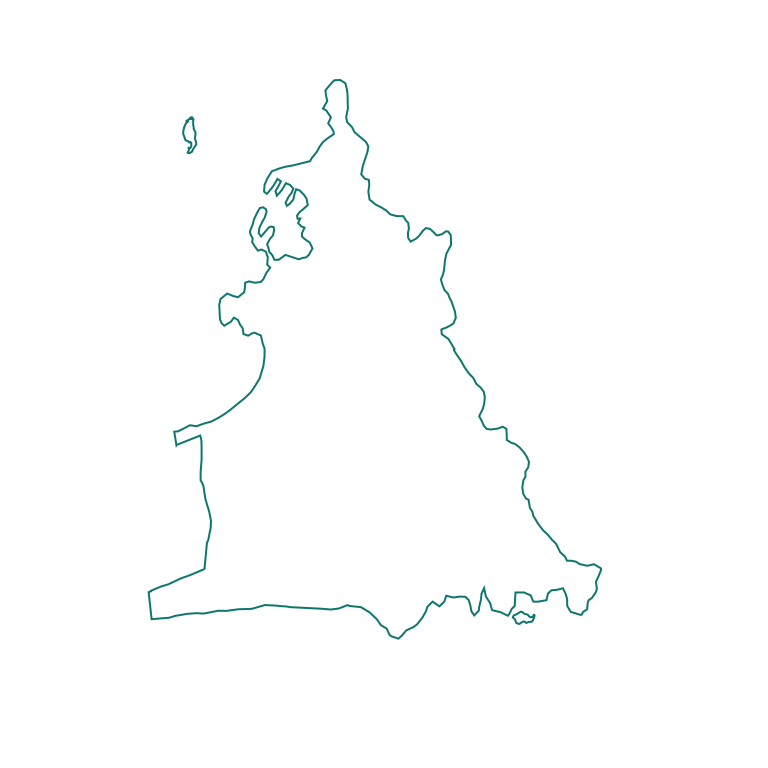 outline of Dakar, Dakar, Senegal, rotated 194°
{"feature_id": "50182788B18539004609148", "entity_name": "Dakar", "entity_type": "district", "adm_level": 2, "iso_a3": "SEN", "parent_name": "Senegal", "parent_adm1": "Dakar", "projection": "robinson", "projection_center": [-17.439, 14.712], "detail": "fine", "context": "isolated", "style": "outline", "palette": "teal", "viewbox_px": 768, "rotation_deg": 194, "n_neighbors": 0, "source": "geoboundaries", "source_scale": "gbopen_adm2", "svg_char_len": 6155}
<svg xmlns="http://www.w3.org/2000/svg" viewBox="0 0 768 768"><g transform="rotate(194 384 384)"><path d="M534.4,241.0L529.5,229.2L523.3,218.8L521.8,215.9L518.8,209.5L517.4,202.6L516.8,190.1L517.4,187.3L513.5,161.4L513.6,160.9L527.0,150.9L534.1,146.2L544.9,137.4L551.3,133.6L560.1,127.0L559.9,126.5L562.0,125.1L552.6,99.6L536.0,105.2L530.1,108.7L519.0,113.5L510.4,116.3L503.5,117.6L489.9,123.9L481.8,125.8L471.1,130.1L457.8,133.9L446.1,140.7L435.0,142.9L430.9,143.4L425.1,144.5L421.0,144.8L390.4,150.8L381.1,152.3L373.4,155.3L366.0,160.6L363.7,160.3L352.4,161.9L342.9,159.0L334.0,154.0L328.6,149.2L322.2,147.3L317.8,141.8L315.5,141.0L308.4,140.4L305.8,144.2L302.8,150.3L296.6,155.3L293.7,158.9L290.2,166.8L288.3,173.7L288.0,178.3L284.2,184.6L276.4,181.7L272.8,187.6L272.4,193.6L265.0,193.6L258.9,196.1L253.5,197.2L249.5,194.8L246.4,189.5L244.3,184.7L240.5,181.3L237.2,187.0L237.7,190.6L237.8,198.9L238.7,204.0L237.5,210.1L233.6,202.3L228.1,197.2L224.4,190.7L215.8,190.8L207.8,189.1L206.7,191.4L205.7,196.6L203.5,200.3L206.0,213.5L197.7,215.6L190.5,214.4L186.5,209.0L182.3,209.9L174.1,213.5L174.2,220.3L171.7,224.3L165.8,226.4L161.0,229.1L156.9,224.2L154.3,219.7L152.5,212.9L147.7,208.1L137.4,207.5L136.3,208.1L135.7,211.0L132.4,214.6L133.5,221.8L133.0,223.9L130.5,226.7L128.1,233.2L127.9,236.8L130.5,243.3L129.4,248.8L128.4,256.0L128.9,257.6L136.6,259.9L142.8,256.8L150.6,256.6L154.7,258.0L159.1,257.9L163.7,256.8L166.7,260.4L172.3,263.4L178.4,270.6L183.3,273.5L188.0,277.0L194.2,280.5L200.8,285.8L207.5,292.5L208.8,295.5L212.5,299.2L215.7,306.6L218.6,307.2L222.4,311.3L224.8,317.1L225.5,324.1L224.3,328.3L225.6,333.1L223.9,338.0L224.5,343.6L228.0,348.1L231.9,351.7L237.3,355.4L242.2,357.5L246.5,357.8L251.3,359.4L252.6,364.3L254.5,370.1L258.5,371.3L262.9,368.2L269.4,365.7L273.5,365.2L277.0,367.7L281.0,372.7L283.9,375.8L282.1,383.9L282.0,388.9L283.0,395.7L285.4,400.7L289.2,403.8L294.5,406.5L298.9,411.5L304.5,415.0L309.9,419.7L314.6,424.8L320.8,430.3L324.3,433.7L324.6,434.5L324.1,435.0L332.2,443.2L340.0,446.3L341.5,450.7L339.9,452.1L337.7,453.4L333.8,456.8L331.2,459.7L331.0,461.7L330.3,465.5L332.6,471.3L338.5,480.4L341.0,483.2L343.8,487.1L348.0,489.7L351.7,495.0L354.1,499.2L353.3,504.0L353.3,509.1L354.7,518.5L355.0,525.5L352.6,535.2L354.0,540.4L355.3,544.6L358.6,547.5L360.9,547.1L363.8,543.6L367.5,541.3L369.3,541.1L372.8,543.4L376.9,545.6L380.9,545.5L383.0,542.7L386.0,535.8L388.3,532.5L392.7,528.6L395.9,531.6L397.4,536.6L397.4,540.8L399.5,546.2L402.2,547.9L405.9,551.5L412.1,550.0L419.0,550.1L423.9,552.9L429.3,554.7L435.5,556.1L442.6,559.4L445.7,566.8L446.4,573.4L448.0,578.3L452.3,578.6L456.8,581.9L457.3,590.2L456.2,605.4L456.7,610.8L459.7,614.1L460.8,614.9L473.4,621.1L477.1,625.4L483.1,629.2L485.3,633.9L485.7,642.5L489.5,656.4L491.4,661.1L494.3,666.5L500.0,668.4L505.6,666.7L507.2,664.3L511.9,654.8L510.2,650.2L507.5,644.8L509.9,636.5L506.1,635.4L500.0,629.9L501.2,623.4L497.2,620.1L494.2,617.1L493.1,614.4L498.1,608.8L501.8,603.9L503.9,598.7L505.3,593.1L508.8,585.6L509.6,582.4L525.2,574.1L532.7,570.7L537.4,568.0L544.3,563.3L546.9,555.2L548.1,548.3L546.9,541.6L543.6,540.2L540.8,545.9L538.9,550.5L537.0,557.2L533.0,555.7L534.6,549.4L535.9,544.8L533.5,540.8L530.9,545.6L529.5,549.1L527.8,555.1L523.4,554.4L519.3,551.7L519.9,547.1L521.7,543.2L523.4,536.0L521.3,533.4L519.2,535.8L516.6,541.1L516.8,546.5L516.4,551.7L512.6,551.4L507.5,548.3L504.0,545.1L501.2,539.1L507.8,529.8L509.1,526.2L507.8,523.4L505.3,524.3L506.3,519.4L502.5,517.0L498.9,516.5L500.1,510.7L499.3,507.3L496.1,505.5L490.2,503.2L486.2,498.3L488.1,491.2L490.2,488.0L493.4,486.7L496.8,484.4L510.9,485.4L516.2,479.1L520.3,478.0L523.6,482.0L527.1,484.3L529.3,488.5L531.2,491.3L529.8,497.1L527.7,501.3L527.8,506.6L529.1,509.6L532.3,509.3L533.9,507.5L538.0,499.2L539.0,497.4L542.1,500.1L542.7,505.3L541.5,511.3L540.0,516.6L539.6,522.8L540.9,525.1L544.1,526.2L547.0,524.7L548.5,519.6L550.0,512.2L550.0,507.6L551.0,499.5L549.5,496.5L546.7,493.6L546.3,489.8L542.8,486.4L538.6,482.9L535.6,484.8L530.7,483.9L527.4,478.9L526.2,471.5L522.6,469.4L525.0,463.3L526.5,456.2L528.3,453.2L533.8,451.0L539.8,450.9L543.2,448.7L542.2,443.5L541.9,439.2L546.7,432.8L551.8,432.9L558.1,433.8L563.2,426.9L563.0,420.8L558.8,407.1L556.2,403.7L553.1,401.9L547.6,407.4L545.7,412.1L541.2,410.8L538.2,407.0L534.6,403.9L532.4,398.5L527.5,398.0L524.3,401.2L522.0,402.5L515.1,401.2L511.7,394.3L508.4,389.3L506.5,381.5L505.4,372.5L506.0,359.4L508.6,350.9L511.3,343.7L515.6,336.8L527.1,321.5L531.0,316.8L536.3,311.3L542.5,305.8L549.7,301.7L555.6,297.7L562.4,297.0L568.1,291.9L572.5,288.2L576.0,287.0L570.6,274.4L570.5,274.7L549.9,289.5L548.8,287.7L547.4,284.8L545.4,277.3L542.8,266.9L540.6,254.1L538.5,245.9L536.6,244.2L534.4,241.0ZM630.4,560.8L629.2,560.7L628.0,561.4L627.8,561.9L627.4,562.0L626.6,562.8L626.4,563.3L626.4,564.1L626.2,564.2L626.2,564.9L625.6,567.0L624.1,571.1L624.9,573.3L626.6,576.1L627.1,577.9L627.2,579.8L627.5,581.5L628.0,582.7L628.4,583.3L629.3,584.2L629.4,584.5L630.1,585.1L630.6,586.1L630.8,587.2L632.0,589.6L632.6,592.7L632.9,593.1L632.9,594.8L633.2,595.0L633.7,595.0L634.1,595.8L634.5,595.8L634.9,596.3L635.1,596.2L635.1,594.5L635.4,594.4L635.7,595.8L636.1,595.8L636.2,594.6L636.9,594.5L637.1,593.8L637.7,593.1L637.9,592.5L638.4,592.4L638.5,592.2L638.1,591.7L638.4,591.7L638.6,591.2L638.6,591.8L638.8,591.9L639.0,591.4L638.7,590.8L639.1,590.9L638.9,589.9L639.2,589.3L639.6,587.0L639.8,586.8L639.7,586.4L640.1,584.1L640.1,583.7L639.9,583.4L640.0,581.8L639.5,578.6L639.2,577.9L637.2,575.1L636.0,572.9L634.7,572.3L633.1,572.3L631.5,571.3L631.2,571.8L630.5,572.0L629.9,571.7L629.3,571.0L629.3,570.6L628.8,569.5L628.5,567.8L629.1,566.1L629.5,565.6L630.7,566.0L630.8,565.8L630.8,565.6L629.9,565.1L629.9,564.9L629.9,563.9L630.5,561.3L630.4,560.8ZM199.9,187.2L198.1,184.4L195.7,183.8L194.3,184.1L193.4,185.4L192.1,186.6L191.0,187.4L189.6,187.3L188.0,186.6L186.1,188.1L184.4,188.6L182.7,189.4L181.8,193.8L182.1,196.2L182.8,196.3L183.0,195.7L183.0,194.5L184.6,193.3L186.3,193.3L188.9,195.0L190.5,194.9L193.0,195.2L194.4,196.1L196.0,196.3L198.7,193.6L200.9,191.6L201.8,191.2L202.3,190.2L202.6,189.3L202.5,188.6L201.3,188.1L199.9,187.2Z" fill="none" stroke="#0f766e" stroke-width="2"/></g></svg>